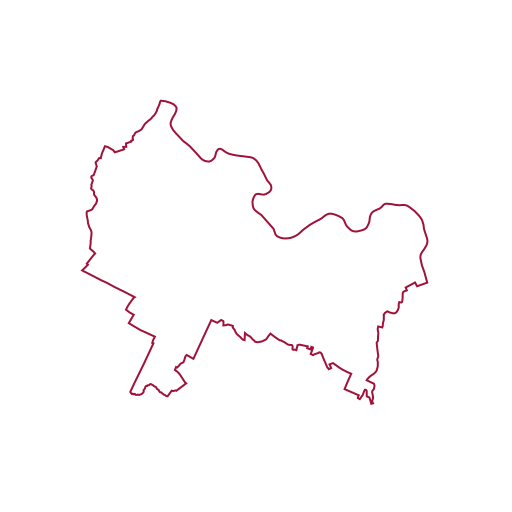 the district of Go Dau, Tây Ninh, Vietnam, rotated 160°
{"feature_id": "81297802B39580963826669", "entity_name": "Go Dau", "entity_type": "district", "adm_level": 2, "iso_a3": "VNM", "parent_name": "Vietnam", "parent_adm1": "Tây Ninh", "projection": "orthographic", "projection_center": [106.266, 11.16], "detail": "fine", "context": "isolated", "style": "outline", "palette": "rose", "viewbox_px": 512, "rotation_deg": 160, "n_neighbors": 0, "source": "geoboundaries", "source_scale": "gbopen_adm2", "svg_char_len": 6111}
<svg xmlns="http://www.w3.org/2000/svg" viewBox="0 0 512 512"><g transform="rotate(160 256 256)"><path d="M283.6,417.2L281.5,419.4L280.1,422.0L280.0,422.9L280.2,423.8L280.8,425.4L281.8,427.0L284.0,429.2L288.2,432.4L292.3,434.5L293.6,433.5L294.5,432.0L297.3,429.0L298.7,427.7L299.4,426.4L301.9,424.2L304.0,422.8L305.5,422.3L307.0,421.3L308.5,420.6L311.1,419.8L315.3,418.1L320.3,414.1L323.7,413.4L326.0,413.4L326.8,413.2L328.0,412.5L329.4,411.0L330.6,410.8L331.3,409.8L331.6,408.7L331.8,407.2L333.8,407.0L333.9,406.2L339.7,406.2L340.6,403.0L343.4,403.9L343.4,401.4L351.6,401.6L351.9,401.8L353.0,401.7L353.3,401.8L353.9,404.2L358.0,409.1L360.4,410.8L366.0,404.7L368.4,401.0L369.5,401.6L370.1,401.6L372.0,400.1L373.0,399.6L374.4,399.1L374.8,398.5L375.0,394.6L380.6,387.8L381.0,387.5L383.1,387.3L383.5,387.0L384.0,385.9L383.5,384.2L383.5,382.7L386.4,379.2L386.7,377.5L387.9,375.9L387.4,374.4L386.6,373.4L386.3,372.3L386.5,370.8L387.0,369.8L387.1,369.1L387.1,368.6L386.1,365.6L386.0,364.8L386.2,363.0L386.6,362.1L388.5,359.8L389.4,359.4L391.5,357.9L393.9,355.9L395.9,355.6L399.4,355.7L399.7,355.6L400.2,354.9L400.6,354.0L401.2,351.8L402.1,346.0L402.6,344.7L402.8,340.1L402.3,336.8L402.4,334.6L403.8,331.3L406.3,326.6L407.0,324.5L409.5,319.9L408.8,318.4L407.4,316.0L406.3,313.4L408.2,312.5L417.6,306.7L416.9,305.3L424.3,301.9L409.3,285.7L405.5,282.0L399.4,275.1L391.6,267.0L384.1,258.8L385.2,258.6L391.2,254.6L394.4,252.1L396.5,250.0L395.5,248.4L394.0,246.1L391.0,242.6L398.5,236.4L390.1,226.1L378.6,214.8L381.5,212.1L383.2,209.8L382.3,209.0L398.1,193.2L414.2,177.7L420.6,171.3L420.1,169.2L419.8,168.7L419.1,168.8L418.3,167.9L417.3,168.0L417.0,167.8L416.7,166.8L416.5,166.7L415.4,166.2L414.5,166.2L413.3,165.4L411.0,165.4L409.9,165.7L408.3,166.5L407.8,167.3L407.5,168.4L406.3,169.0L405.3,170.0L404.9,170.7L403.8,171.4L403.4,171.5L402.7,171.1L401.9,171.5L400.6,171.2L399.4,171.8L398.8,171.7L397.2,170.1L396.5,168.8L394.8,167.0L394.5,165.0L393.3,163.4L393.3,162.7L392.9,161.0L392.5,160.6L391.6,160.2L391.2,159.1L390.6,158.4L390.2,157.4L389.2,156.6L388.2,155.1L387.1,154.4L381.3,158.3L380.1,157.4L377.6,157.2L377.0,156.6L365.2,160.2L365.9,161.4L368.0,170.5L368.7,172.6L369.9,174.8L371.2,176.5L369.1,179.0L368.3,178.2L365.8,179.3L363.8,180.6L360.8,180.9L360.3,181.2L358.9,182.8L357.4,184.9L356.4,186.0L355.0,186.7L350.0,180.8L319.9,211.1L315.4,206.6L314.5,206.7L310.6,207.8L309.0,206.0L309.0,205.5L310.4,201.9L307.5,201.2L307.0,201.2L306.3,201.4L305.5,201.1L301.6,198.2L302.3,196.8L301.4,194.0L301.2,191.4L300.8,189.4L300.2,188.2L298.2,184.8L297.7,183.2L297.3,182.4L296.6,181.6L295.5,180.9L292.7,187.4L291.1,184.6L289.4,182.8L288.5,181.2L287.7,178.8L286.5,177.0L286.3,176.0L286.0,175.6L284.4,174.6L283.4,174.3L279.8,173.7L275.6,174.1L274.2,174.6L272.1,176.3L270.1,177.4L269.0,178.2L266.3,173.9L262.9,169.1L262.3,168.5L261.4,168.2L260.8,167.3L259.0,165.6L256.5,162.1L255.5,161.3L253.0,160.2L252.6,159.8L252.5,158.6L252.7,157.9L253.6,156.2L253.5,155.5L253.2,155.3L252.8,155.0L251.6,154.8L250.3,153.7L247.5,158.0L246.9,157.8L245.8,157.9L245.4,157.8L238.3,153.4L239.4,151.9L237.1,149.8L236.7,149.6L235.0,151.7L233.7,150.5L235.3,148.4L238.1,145.2L236.3,143.3L235.9,143.5L234.0,143.7L231.0,143.5L229.7,143.9L228.3,143.1L227.8,141.5L227.7,139.8L227.7,137.5L227.1,126.9L227.0,126.5L226.7,126.2L226.3,124.7L223.7,125.0L224.0,129.0L220.2,129.0L215.7,122.3L213.5,119.6L209.9,115.7L206.8,112.8L213.5,105.9L218.3,100.6L207.1,90.0L208.8,88.1L208.9,87.7L207.4,86.0L203.3,88.9L199.8,92.8L199.3,93.1L198.9,92.9L198.4,92.5L198.2,91.7L198.2,91.1L199.9,86.4L199.8,86.0L197.8,84.3L198.2,77.7L196.4,77.5L196.6,79.8L194.7,82.3L194.2,83.7L193.4,88.4L193.2,88.9L192.7,89.5L190.9,90.5L189.5,92.6L188.9,93.9L188.8,95.6L194.5,101.4L193.7,102.1L191.0,103.5L188.0,104.5L186.2,104.8L183.0,106.2L181.9,107.0L179.4,110.5L177.8,114.7L177.6,116.9L177.2,117.7L175.7,119.5L175.2,120.6L174.2,125.5L172.3,133.2L172.0,133.6L170.7,134.4L170.4,134.7L168.8,138.8L167.3,141.9L167.0,144.3L166.5,146.0L165.3,148.0L161.8,145.7L161.0,146.6L159.6,149.6L157.7,152.3L157.2,153.9L156.3,156.0L156.2,157.0L154.3,158.4L151.5,159.1L149.5,157.1L147.0,155.4L145.6,154.8L144.6,154.7L143.2,155.2L141.2,156.7L139.7,158.5L139.1,159.7L139.0,160.4L138.0,162.5L137.1,163.7L135.7,162.7L135.1,162.6L134.6,162.8L134.2,163.3L132.9,165.7L130.8,170.9L130.1,171.8L128.7,172.1L126.0,172.1L126.1,175.2L115.6,176.7L115.0,172.5L104.2,172.4L103.3,183.4L103.3,190.5L102.2,198.0L101.2,200.3L100.3,201.4L98.6,202.9L95.9,204.7L92.2,207.7L90.8,209.4L89.9,211.2L89.5,212.3L89.2,215.1L89.0,221.9L88.8,224.4L87.9,228.2L87.7,232.7L88.0,234.6L88.9,237.8L91.6,244.0L95.2,249.6L96.5,251.4L98.4,252.8L100.1,253.6L104.3,254.8L107.4,256.3L111.1,258.5L115.6,260.6L117.4,260.8L118.6,260.5L121.0,259.2L123.5,258.3L127.8,258.1L130.6,257.7L132.8,256.7L134.4,255.2L135.7,253.6L137.6,249.7L139.3,247.6L142.1,245.0L143.6,244.3L145.7,243.9L148.3,244.0L152.7,244.5L155.0,245.4L156.2,246.1L157.2,247.0L158.3,248.4L160.4,252.7L160.8,254.6L161.1,259.5L161.4,260.7L162.0,262.2L164.7,265.3L168.0,268.2L170.7,270.0L173.1,270.8L174.5,270.8L176.2,270.6L178.5,270.0L181.0,269.1L183.9,268.5L188.3,268.0L194.6,266.9L202.7,264.5L208.8,262.0L211.1,261.5L213.7,261.2L217.2,261.2L220.3,261.8L223.4,262.8L226.3,264.4L228.1,266.0L229.5,267.5L230.3,269.6L230.2,275.4L230.6,276.5L236.9,292.6L240.0,297.1L241.1,299.0L241.8,300.7L242.0,302.4L241.9,304.1L240.7,308.3L239.7,310.0L238.0,312.0L235.9,313.7L234.9,314.0L234.0,314.0L232.8,313.7L231.5,313.1L229.4,311.7L227.5,311.0L225.7,310.8L221.8,311.5L220.2,312.3L219.1,313.3L218.5,314.2L217.9,316.2L217.8,317.5L218.1,318.9L219.7,323.4L220.5,331.0L221.2,334.9L221.8,340.8L222.1,342.7L223.0,345.5L223.8,347.0L225.1,348.9L227.0,350.5L240.0,357.2L242.7,358.8L246.4,361.3L248.7,363.6L251.3,367.4L252.5,368.7L253.0,369.0L253.7,369.2L254.8,369.3L256.0,368.7L257.8,367.3L260.5,363.4L261.4,362.5L264.1,361.2L266.2,360.7L267.9,360.8L269.5,361.6L271.6,362.9L273.1,364.5L274.3,366.4L277.1,373.5L280.7,381.8L282.6,385.1L285.1,388.9L288.4,396.7L289.2,398.4L289.9,400.4L290.7,402.3L291.4,406.5L291.3,408.5L290.8,410.1L289.0,412.5L287.1,414.4L283.6,417.2Z" fill="none" stroke="#9f1239" stroke-width="2"/></g></svg>